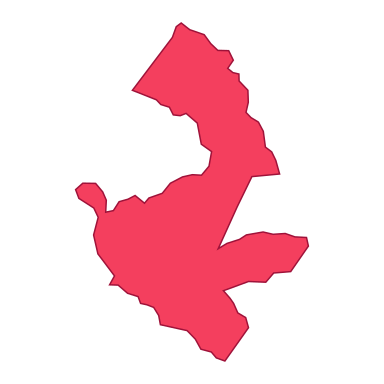 Engenho Velho, Rio Grande do Sul, Brazil
{"feature_id": "56859067B64358996433210", "entity_name": "Engenho Velho", "entity_type": "district", "adm_level": 2, "iso_a3": "BRA", "parent_name": "Brazil", "parent_adm1": "Rio Grande do Sul", "projection": "albers", "projection_center": [-52.91, -27.679], "detail": "fine", "context": "isolated", "style": "filled", "palette": "rose", "viewbox_px": 384, "rotation_deg": 0, "n_neighbors": 0, "source": "geoboundaries", "source_scale": "gbopen_adm2", "svg_char_len": 1271}
<svg xmlns="http://www.w3.org/2000/svg" viewBox="0 0 384 384"><path d="M187.1,330.6L195.3,339.1L200.9,349.2L211.3,352.0L216.3,357.9L224.9,361.0L248.5,327.7L245.7,317.6L237.8,312.9L233.6,303.4L229.9,298.1L223.4,290.7L248.5,281.5L265.8,282.2L273.7,273.0L290.7,271.6L308.4,246.1L306.5,237.5L295.0,236.9L285.2,233.5L273.1,234.3L263.1,232.0L246.4,234.9L239.5,239.4L227.0,243.4L218.2,248.7L237.2,206.8L251.9,176.6L279.6,174.0L275.8,160.4L271.7,151.9L265.4,147.1L263.3,131.3L258.4,122.1L251.0,117.6L246.0,112.4L248.3,102.3L247.9,90.3L239.1,81.0L238.9,74.0L232.9,72.6L227.7,68.4L233.3,60.2L228.7,50.7L217.8,50.4L210.7,43.6L204.2,34.7L195.9,31.8L189.7,29.7L181.2,23.0L176.3,26.6L172.4,37.4L132.4,90.3L156.4,99.8L160.8,104.5L169.4,107.2L173.3,114.9L180.2,115.7L186.1,113.4L197.3,123.1L201.3,144.2L211.6,151.6L209.0,166.2L201.5,175.2L192.3,174.7L182.5,176.9L170.4,183.2L162.3,193.3L148.9,198.0L144.5,203.2L135.1,195.5L128.0,199.2L119.1,201.7L113.4,210.6L105.7,212.2L106.3,200.2L102.7,191.9L95.6,183.4L82.8,183.2L75.6,189.6L78.9,198.4L93.8,208.0L98.2,217.3L93.6,235.0L97.9,253.9L102.1,259.4L114.5,275.9L109.6,284.8L118.1,285.1L127.6,293.3L138.1,296.6L140.6,303.4L147.0,304.8L153.7,307.4L158.7,315.5L160.4,324.7L187.1,330.6Z" fill="#f43f5e" stroke="#9f1239" stroke-width="1.5"/></svg>